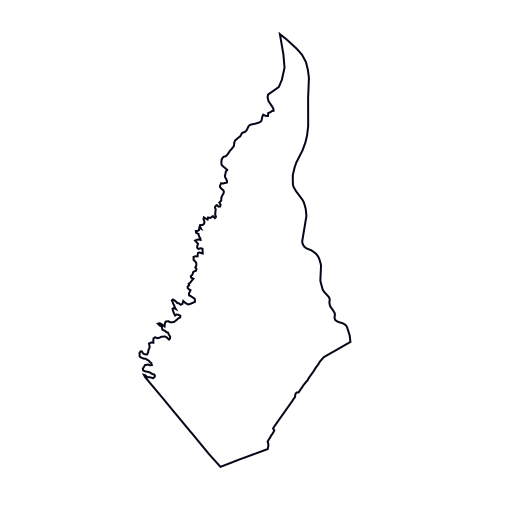 the district of Nova Olinda do Maranhão, Maranhão, Brazil, rotated 141°
{"feature_id": "56859067B29640445258953", "entity_name": "Nova Olinda do Maranhão", "entity_type": "district", "adm_level": 2, "iso_a3": "BRA", "parent_name": "Brazil", "parent_adm1": "Maranhão", "projection": "robinson", "projection_center": [-45.942, -2.948], "detail": "fine", "context": "isolated", "style": "outline", "palette": "ink", "viewbox_px": 512, "rotation_deg": 141, "n_neighbors": 0, "source": "geoboundaries", "source_scale": "gbopen_adm2", "svg_char_len": 4658}
<svg xmlns="http://www.w3.org/2000/svg" viewBox="0 0 512 512"><g transform="rotate(141 256 256)"><path d="M417.9,234.1L418.4,231.7L417.9,201.4L417.9,199.2L417.8,186.0L417.6,170.3L417.5,160.0L417.4,158.5L417.2,131.3L416.3,114.5L397.2,108.4L368.4,98.6L366.8,99.9L365.5,101.1L364.4,102.8L363.8,104.4L362.4,105.0L358.5,106.3L357.4,107.0L355.9,107.2L353.4,108.1L351.5,109.0L351.4,111.0L350.1,111.7L343.5,113.6L322.5,119.5L320.7,120.0L319.2,120.4L316.2,121.5L314.5,121.8L312.9,123.4L311.5,124.2L310.0,124.2L308.8,123.2L302.0,125.2L300.3,125.8L298.1,126.2L296.1,126.7L294.3,126.8L292.4,127.8L286.3,129.5L284.3,130.0L279.5,131.7L276.1,132.5L272.9,133.7L268.4,134.5L266.8,134.7L260.7,133.7L258.7,133.4L254.7,132.7L236.7,129.8L233.2,135.3L230.1,143.2L229.8,145.3L230.1,147.1L231.3,149.8L233.1,152.2L234.1,154.1L234.7,156.3L234.1,158.1L233.1,159.4L231.8,160.5L230.9,161.8L230.3,165.2L230.1,169.4L229.5,171.5L228.1,173.9L226.0,175.8L225.2,178.1L225.6,185.3L225.5,186.8L225.1,188.4L222.4,194.6L221.3,196.6L211.5,207.6L210.5,209.5L208.7,213.9L208.1,216.2L207.9,219.5L208.4,222.1L209.5,225.8L212.1,230.4L212.6,232.9L212.4,234.7L212.0,236.4L210.9,238.3L191.7,255.3L187.9,261.0L186.3,264.6L185.0,267.8L184.5,270.6L184.1,281.4L183.3,286.2L182.3,288.3L179.9,291.5L176.4,295.8L170.3,300.5L166.0,303.2L153.4,308.8L146.2,313.1L140.4,317.6L133.8,324.0L115.5,346.7L114.2,348.1L102.8,361.1L98.6,367.9L95.2,375.1L93.6,383.3L93.9,391.2L95.9,404.8L97.8,413.4L107.9,395.3L115.4,384.3L125.1,376.6L131.9,373.0L138.4,373.4L145.0,373.9L147.3,371.8L148.0,370.2L148.8,368.6L149.2,364.2L149.4,361.6L150.0,359.1L151.0,357.8L152.2,358.6L154.3,358.7L156.6,359.4L158.5,357.3L160.3,358.8L161.5,361.3L163.2,360.4L164.8,359.2L166.6,357.7L168.4,357.5L170.2,358.0L173.8,359.5L176.7,361.1L178.6,361.7L180.2,361.5L183.5,359.9L185.2,359.4L186.6,359.4L189.3,360.4L191.1,359.7L193.1,358.9L195.6,359.1L197.8,358.9L199.4,359.0L201.4,357.9L203.9,355.4L208.1,354.4L210.3,354.1L214.0,352.9L216.6,352.5L218.2,353.3L219.6,353.5L222.1,352.5L223.2,351.4L224.7,349.7L225.4,348.0L225.0,345.5L224.5,343.0L224.2,341.0L226.3,340.6L228.0,339.1L229.6,338.0L230.4,336.7L230.8,334.5L231.4,332.3L232.5,331.4L234.6,332.5L236.1,333.1L237.3,334.5L239.5,333.4L240.6,332.2L240.5,329.5L240.0,327.7L240.4,326.4L241.6,325.2L243.5,324.5L245.0,323.8L246.1,323.2L248.2,320.9L249.5,320.8L250.9,320.6L251.3,318.1L252.7,317.1L254.1,318.0L254.4,320.2L256.1,320.3L257.4,319.5L258.0,317.6L261.6,314.0L262.5,311.6L264.1,311.3L264.4,314.1L266.0,314.2L267.6,314.3L269.0,316.1L270.7,314.8L271.7,317.4L272.2,318.8L273.6,317.7L274.4,315.3L275.9,313.8L277.3,313.6L278.9,314.3L279.9,315.2L281.0,314.3L281.5,311.9L282.2,313.7L283.9,312.0L285.5,312.2L287.0,313.3L287.9,311.8L286.8,309.3L287.5,308.1L288.0,306.3L288.2,304.6L289.0,303.4L290.4,305.2L291.9,305.8L293.6,306.3L293.5,304.1L293.4,301.9L295.3,300.8L296.5,299.5L296.4,297.7L294.2,296.9L293.0,295.3L294.3,293.6L295.8,291.5L296.9,293.0L297.9,294.5L299.2,294.9L300.4,293.8L301.6,292.5L303.4,294.0L305.1,294.6L307.0,292.2L306.6,289.9L307.0,287.9L308.6,285.9L310.4,285.3L310.4,283.4L311.9,282.3L313.1,282.8L315.0,283.0L316.1,282.2L317.2,281.5L319.4,281.3L320.0,280.0L319.0,277.7L320.8,277.4L322.9,276.9L324.5,276.6L325.8,276.8L326.4,275.3L328.3,275.3L329.2,274.2L329.1,272.4L328.4,270.7L329.5,270.1L331.6,269.1L332.8,267.5L331.9,265.8L331.3,263.6L330.5,261.6L331.4,260.0L332.2,258.8L334.0,259.2L337.7,260.3L339.3,261.1L340.5,264.2L340.8,266.8L343.4,265.1L345.3,265.6L345.7,267.8L346.8,268.9L346.8,270.5L347.3,273.0L347.9,274.5L349.3,274.5L349.7,272.6L350.4,271.1L350.6,269.3L351.4,267.4L351.7,265.3L352.6,267.4L354.2,267.4L355.1,265.3L355.9,262.8L356.3,260.6L354.5,260.5L353.4,259.3L352.4,257.2L353.5,256.0L355.5,256.4L357.5,256.3L359.4,256.3L361.1,256.3L363.7,257.8L364.8,259.1L365.2,260.6L367.6,261.9L369.7,260.5L371.4,258.8L372.1,261.8L373.1,264.3L374.8,265.1L374.6,262.6L373.6,260.3L374.5,258.9L375.1,257.5L373.8,255.1L373.6,253.3L372.6,251.8L373.2,249.8L373.4,247.5L374.7,246.0L376.2,245.8L376.6,248.9L377.4,250.8L380.6,252.9L382.4,253.2L384.4,254.2L385.5,256.3L387.4,256.5L389.0,255.0L390.3,253.2L391.8,254.7L394.3,255.3L395.1,253.6L395.8,252.4L396.9,251.5L398.9,250.5L400.5,249.0L402.6,248.0L403.7,249.0L404.6,250.0L405.1,251.7L404.7,253.5L405.6,254.5L407.4,254.1L408.3,252.8L409.4,251.7L409.6,250.3L408.8,248.7L407.8,246.8L406.6,245.8L406.0,244.2L405.2,242.0L405.2,240.5L404.8,238.6L405.6,236.8L407.2,237.8L408.2,239.7L409.7,240.3L410.8,241.1L413.3,240.2L414.7,239.8L415.7,238.1L414.9,236.3L413.1,234.2L412.0,232.8L410.9,229.7L409.7,227.9L410.0,226.4L411.1,225.8L412.9,225.8L414.5,228.2L415.7,229.4L416.9,230.4L417.0,232.6L417.9,234.1Z" fill="none" stroke="#020617" stroke-width="2"/></g></svg>